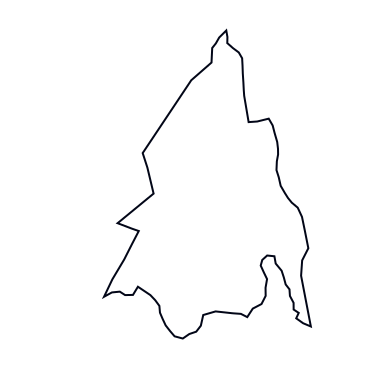 the district of Forquetinha, Rio Grande do Sul, Brazil, rotated 260°
{"feature_id": "56859067B13427255832164", "entity_name": "Forquetinha", "entity_type": "district", "adm_level": 2, "iso_a3": "BRA", "parent_name": "Brazil", "parent_adm1": "Rio Grande do Sul", "projection": "orthographic", "projection_center": [-52.137, -29.38], "detail": "fine", "context": "isolated", "style": "outline", "palette": "ink", "viewbox_px": 384, "rotation_deg": 260, "n_neighbors": 0, "source": "geoboundaries", "source_scale": "gbopen_adm2", "svg_char_len": 1255}
<svg xmlns="http://www.w3.org/2000/svg" viewBox="0 0 384 384"><g transform="rotate(260 192 192)"><path d="M52.9,149.8L49.3,157.5L52.6,164.7L53.7,171.9L58.8,177.5L68.9,181.7L70.3,194.5L68.0,202.4L65.5,211.0L63.5,219.0L59.2,224.7L66.6,231.6L69.6,241.0L76.9,246.5L84.9,247.8L93.2,250.8L100.3,248.8L107.6,246.9L112.9,249.4L116.4,255.0L114.4,262.0L107.0,262.0L98.9,266.6L91.9,267.6L84.7,268.2L79.2,271.1L72.6,270.4L65.2,272.8L58.6,271.7L54.4,276.1L49.5,272.7L43.5,278.6L38.9,285.7L90.6,284.9L105.5,288.6L116.4,296.8L134.7,296.4L148.4,296.0L158.2,293.4L164.2,288.4L169.4,285.5L174.8,283.3L182.7,280.4L191.4,280.0L198.9,279.0L207.5,280.9L214.0,283.3L219.6,284.2L226.5,284.6L235.8,283.6L243.5,283.0L250.9,280.3L250.1,268.5L251.0,259.9L277.7,260.1L283.5,260.7L290.7,261.6L299.8,262.6L307.6,263.7L315.0,264.6L321.3,262.3L326.5,257.4L332.5,252.6L338.5,253.8L345.1,253.8L339.4,245.6L334.2,241.3L330.3,236.9L316.1,233.7L302.2,210.7L238.9,150.2L223.7,152.3L197.1,153.9L174.2,113.3L166.2,126.7L162.8,132.8L151.3,124.0L137.3,113.5L119.8,98.4L104.1,87.2L107.0,95.7L106.4,103.6L102.1,108.2L100.9,116.0L108.1,122.3L103.0,127.6L97.7,133.1L91.8,137.0L85.5,140.1L78.7,139.5L72.3,141.0L65.2,142.9L58.8,146.3L52.9,149.8Z" fill="none" stroke="#020617" stroke-width="2"/></g></svg>